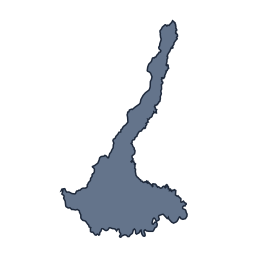 outline of Piamonte, Cauca, Colombia, rotated 3°
{"feature_id": "7082276B2298083414171", "entity_name": "Piamonte", "entity_type": "district", "adm_level": 2, "iso_a3": "COL", "parent_name": "Colombia", "parent_adm1": "Cauca", "projection": "equal_earth", "projection_center": [-76.259, 1.273], "detail": "fine", "context": "isolated", "style": "filled", "palette": "slate", "viewbox_px": 256, "rotation_deg": 3, "n_neighbors": 0, "source": "geoboundaries", "source_scale": "gbopen_adm2", "svg_char_len": 5972}
<svg xmlns="http://www.w3.org/2000/svg" viewBox="0 0 256 256"><g transform="rotate(3 128 128)"><path d="M159.6,23.0L157.0,25.5L156.0,27.8L154.9,29.1L154.9,30.4L155.4,31.7L155.3,32.8L155.8,35.7L156.4,37.2L156.4,38.5L155.4,42.0L155.2,44.5L154.5,45.6L154.5,46.3L155.0,47.5L156.7,48.8L156.7,49.6L156.3,50.5L155.1,50.7L154.5,52.0L153.2,53.5L152.1,55.6L151.1,55.9L150.5,56.7L149.4,56.5L148.7,57.1L147.9,60.3L145.4,63.2L144.5,66.1L144.2,69.6L144.5,70.2L146.7,71.1L147.7,72.1L149.3,75.6L148.9,78.1L147.9,80.5L148.0,85.8L147.6,87.4L147.1,88.9L143.5,92.0L141.4,94.7L139.4,98.9L138.9,102.3L138.2,103.5L134.2,106.6L131.3,109.3L130.5,109.0L128.6,109.9L128.4,110.1L128.0,111.7L126.9,112.1L126.7,114.1L126.4,114.9L127.0,117.1L127.6,122.1L125.6,124.9L123.8,126.3L122.9,127.4L122.2,129.2L121.1,130.0L120.9,132.4L119.2,132.7L118.1,134.9L116.4,136.9L115.7,139.0L114.0,140.0L113.6,141.5L114.7,143.9L114.2,145.6L114.2,148.5L112.9,151.0L112.5,152.5L111.1,154.5L110.1,158.7L109.4,158.8L107.7,157.1L106.4,156.5L105.5,157.4L102.7,157.9L101.6,158.9L101.2,159.5L100.9,161.4L99.7,164.7L96.7,167.2L94.5,168.3L94.6,168.8L96.1,170.0L96.6,170.8L96.7,173.6L95.8,175.4L95.2,175.5L94.6,176.3L94.6,178.4L93.3,180.2L93.2,182.4L91.4,184.5L90.9,186.0L90.2,187.0L90.5,188.5L89.8,189.6L88.5,190.3L86.3,190.4L84.9,191.0L83.3,192.7L82.3,192.6L81.1,193.5L80.1,193.6L79.8,194.0L79.0,196.1L78.4,196.6L75.4,196.4L72.4,195.0L70.1,195.2L68.8,193.6L68.3,192.2L67.7,191.9L65.2,192.5L64.5,194.3L66.2,193.4L66.1,195.2L65.4,197.4L67.5,198.8L67.8,200.2L67.4,200.9L67.4,201.5L69.1,204.3L69.9,209.1L70.3,209.8L72.4,211.0L74.1,210.7L76.2,212.4L77.2,212.2L80.0,212.6L81.6,212.0L83.6,213.1L83.8,213.5L83.9,214.5L85.4,217.2L85.6,220.2L86.1,221.1L87.7,222.6L89.6,222.9L90.6,223.4L93.1,226.5L93.7,226.8L94.4,228.9L96.0,229.4L95.7,230.5L96.0,233.4L97.0,233.9L98.4,233.9L100.9,236.6L101.9,236.6L102.4,235.9L103.0,235.6L103.6,235.7L104.4,236.5L105.2,236.0L105.3,233.9L106.4,232.4L106.7,230.8L107.2,229.9L108.3,229.9L110.8,231.5L111.9,231.5L113.1,230.9L114.5,228.7L115.3,228.5L117.7,229.3L119.5,229.3L120.6,229.7L122.0,231.4L122.6,230.2L123.4,229.4L124.4,229.6L125.0,232.4L126.2,233.9L126.2,234.8L125.4,235.8L125.2,236.6L125.5,237.2L126.1,237.5L126.7,237.3L127.6,236.1L130.3,234.8L131.9,235.1L133.6,236.5L134.8,236.3L135.8,234.7L137.9,232.9L138.7,229.4L139.7,228.5L140.3,229.1L140.8,230.0L141.2,232.8L142.1,233.5L144.5,232.1L145.7,229.6L146.4,229.3L146.9,231.9L147.7,233.7L148.9,235.1L150.1,235.2L150.7,234.7L150.7,233.9L150.3,232.3L149.5,230.9L149.4,229.9L149.9,229.1L150.5,228.8L151.7,229.8L154.2,230.1L158.0,229.9L158.7,229.4L160.1,226.3L161.7,225.2L162.2,223.6L162.2,222.6L161.9,221.6L161.2,220.7L159.8,220.6L158.2,222.8L157.3,222.5L157.0,221.0L157.7,217.7L158.4,216.7L158.9,216.6L159.5,217.0L161.1,219.5L161.7,219.5L163.6,218.3L163.9,217.6L163.9,217.0L163.1,215.2L163.5,213.8L166.8,212.4L167.8,212.4L171.9,216.4L172.4,216.4L173.0,215.2L173.4,216.6L176.5,219.7L178.5,220.6L180.9,219.4L182.0,218.3L184.0,214.1L184.8,214.4L185.7,215.8L187.6,216.3L190.1,215.5L191.5,213.0L191.5,210.9L190.7,209.6L189.9,207.1L189.2,206.5L187.3,205.9L186.8,205.4L186.7,204.2L187.0,203.5L188.0,202.7L189.0,202.9L189.3,201.9L190.1,201.2L190.0,200.3L188.4,199.6L187.2,198.1L185.5,199.3L184.7,199.1L184.5,198.0L184.6,196.1L184.3,195.5L183.1,194.8L181.5,193.1L180.8,193.6L178.9,192.4L179.0,187.9L177.6,187.2L177.1,188.0L176.6,187.6L175.2,188.1L175.0,189.0L174.0,188.3L174.0,187.2L173.6,186.9L173.2,188.1L172.7,188.3L172.8,186.7L171.4,186.6L171.6,184.9L171.3,184.6L170.5,184.6L170.5,183.2L169.7,182.5L168.8,183.2L168.9,185.2L168.3,185.8L168.0,185.6L167.6,184.3L166.7,184.3L165.8,184.7L164.9,186.1L163.5,186.4L161.7,185.1L160.6,185.6L160.1,184.5L159.4,184.3L159.2,183.5L158.3,182.6L155.8,182.4L155.5,183.2L155.9,184.8L155.4,185.2L154.5,183.5L153.8,183.4L153.5,182.8L152.6,182.5L152.0,181.6L151.0,182.0L150.9,180.7L150.6,180.2L150.1,180.4L149.4,180.0L149.2,180.6L149.4,181.4L147.9,180.7L146.7,181.6L145.7,181.3L145.3,180.5L143.8,180.3L143.5,180.0L143.4,179.2L142.4,178.8L140.6,177.0L140.1,176.9L138.5,174.9L137.6,171.1L137.7,168.7L136.8,167.9L137.0,165.2L136.6,164.3L137.3,163.8L137.3,163.4L136.4,163.5L136.5,162.8L135.7,162.0L135.4,160.7L134.8,160.7L133.5,161.9L132.8,161.5L134.8,158.7L133.9,157.9L133.5,156.6L133.6,155.6L135.9,153.4L136.2,151.3L136.1,149.9L135.3,149.3L135.3,147.8L133.8,146.1L133.1,144.2L131.9,143.4L132.0,143.1L132.6,143.2L132.9,141.9L132.7,140.8L133.7,139.6L134.9,139.3L135.4,138.3L135.2,137.6L136.6,136.2L137.3,135.9L137.7,133.7L138.2,133.4L138.5,132.3L139.5,130.9L141.6,130.2L141.8,129.5L143.9,127.0L144.8,127.6L145.4,127.0L145.5,125.0L146.3,124.0L146.6,123.0L145.8,122.4L146.8,121.5L147.9,121.0L147.2,120.0L147.6,118.9L147.3,118.2L148.1,118.4L148.9,117.7L149.3,116.7L150.9,115.8L151.5,114.8L151.8,113.0L152.9,111.8L152.9,110.6L153.5,111.1L155.6,111.5L155.5,110.6L154.8,110.4L155.3,110.0L155.3,109.1L155.7,108.1L154.3,107.6L154.2,106.4L153.3,105.5L153.9,103.9L154.5,104.2L155.5,103.1L156.2,103.1L156.5,102.0L157.2,101.3L157.4,100.4L158.4,99.8L158.8,96.9L158.6,94.9L159.5,92.1L158.8,89.2L159.5,87.4L159.1,82.8L160.2,81.8L160.4,80.4L159.3,79.6L159.4,78.5L158.8,77.7L159.2,76.8L159.0,76.1L159.4,76.0L159.6,77.0L160.6,76.0L161.1,76.5L162.0,74.9L161.9,73.8L163.3,69.9L163.0,69.2L164.1,68.5L164.5,67.3L165.5,66.1L165.0,65.3L164.8,63.1L164.4,62.9L163.9,63.4L163.6,63.1L163.3,63.6L162.8,63.2L163.4,59.6L163.3,57.6L164.0,56.0L163.8,55.1L163.4,54.7L163.8,54.2L163.5,53.8L163.5,53.2L165.0,50.1L165.5,49.7L166.7,46.2L167.0,45.7L167.5,46.1L168.6,45.7L168.6,45.0L168.0,44.3L169.4,42.2L169.5,40.4L171.5,37.4L172.3,36.6L172.4,35.9L171.7,35.3L171.9,34.6L172.7,33.7L172.4,32.1L171.8,31.8L171.6,31.2L170.7,31.1L170.5,30.4L170.9,30.0L170.6,28.9L170.8,28.0L171.0,27.7L171.5,27.9L171.6,27.5L170.8,26.0L170.4,25.7L170.6,24.5L170.2,23.5L170.3,22.9L170.0,22.7L170.0,21.8L169.2,20.8L169.3,20.3L168.8,20.2L168.2,19.4L166.9,18.5L166.0,20.5L165.0,21.5L163.6,23.5L162.5,23.1L161.5,24.1L160.3,23.0L159.6,23.0Z" fill="#64748b" stroke="#1e293b" stroke-width="1.5"/></g></svg>